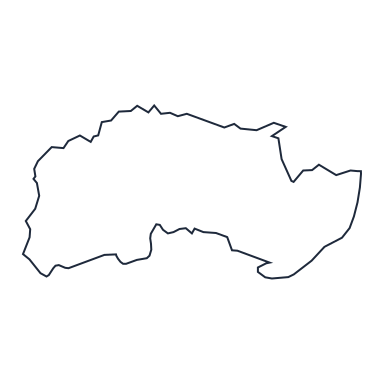 SVG path tracing the border of Newry and Mourne
{"feature_id": "GBR-2086", "entity_name": "Newry and Mourne", "entity_type": "District", "adm_level": 1, "iso_a3": "GBR", "parent_name": "United Kingdom", "parent_adm1": "", "projection": "albers", "projection_center": [-6.311, 54.156], "detail": "fine", "context": "isolated", "style": "outline", "palette": "slate", "viewbox_px": 384, "rotation_deg": 0, "n_neighbors": 0, "source": "natural_earth", "source_scale": "10m", "svg_char_len": 1322}
<svg xmlns="http://www.w3.org/2000/svg" viewBox="0 0 384 384"><path d="M46.5,276.5L40.5,273.2L29.4,259.3L23.0,254.1L29.6,237.3L30.2,229.2L25.8,221.0L35.2,208.8L39.2,195.8L36.9,183.0L33.5,178.9L35.4,176.4L34.2,168.9L37.9,161.2L51.7,147.1L63.5,148.1L68.3,141.0L79.9,135.5L90.7,141.9L93.7,136.5L98.2,135.4L101.8,122.1L111.1,120.5L118.8,111.6L130.8,111.0L137.2,105.8L148.4,112.4L154.2,105.5L161.0,113.8L170.0,112.8L177.8,116.2L186.8,113.8L224.3,127.5L234.2,123.9L240.5,128.6L256.6,130.2L273.8,122.8L285.7,126.9L271.9,136.1L278.4,138.3L281.6,159.1L291.4,180.9L293.6,181.9L303.2,170.5L312.1,170.1L318.9,164.7L336.2,175.1L350.5,170.5L357.2,171.1L360.9,171.2L361.0,173.8L359.9,187.5L357.5,202.4L353.9,216.5L349.6,228.1L342.0,237.7L324.5,246.8L311.6,260.7L293.8,274.4L288.3,277.1L271.9,278.5L265.2,277.3L257.9,271.9L257.9,267.5L266.2,263.3L269.6,262.6L237.4,250.7L232.0,250.3L227.2,237.1L216.0,233.0L203.4,232.1L194.6,228.6L191.9,233.4L185.8,228.2L179.5,229.0L173.5,232.1L167.9,233.4L163.0,229.8L159.8,224.9L156.3,224.3L150.8,233.8L150.2,238.3L151.0,243.8L151.3,249.7L149.5,255.7L146.8,258.2L136.9,259.9L126.1,263.8L123.1,263.8L120.5,261.9L118.0,258.7L116.3,255.7L116.0,254.4L104.4,254.9L68.5,268.2L65.2,267.8L58.8,265.1L55.5,265.7L53.3,268.2L51.2,271.4L48.8,275.1L46.5,276.5Z" fill="none" stroke="#1e293b" stroke-width="2"/></svg>